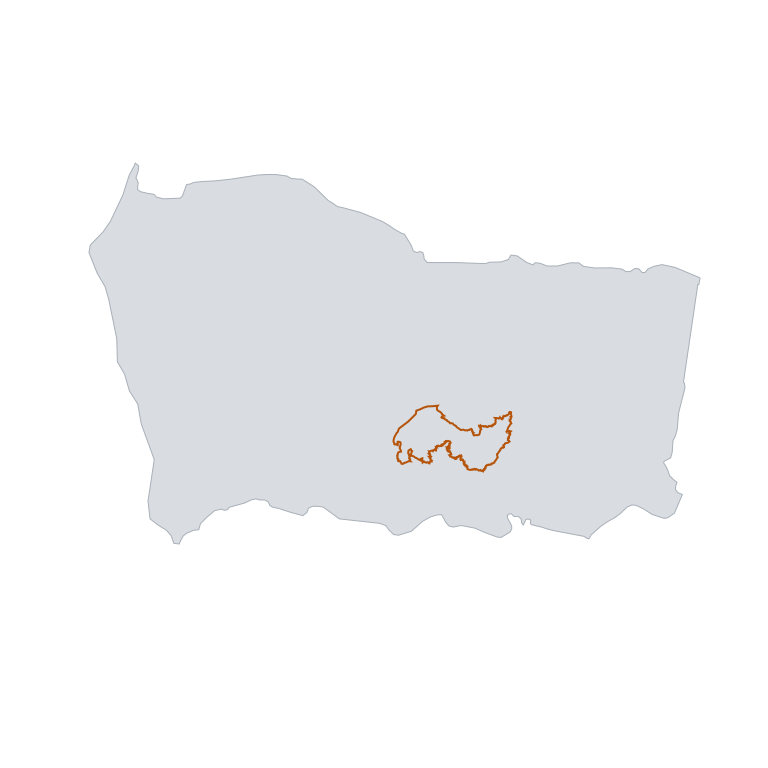 North East Gonja, Northern, Ghana shown in context, rotated 99°
{"feature_id": "2480657B30922977157044", "entity_name": "North East Gonja", "entity_type": "district", "adm_level": 2, "iso_a3": "GHA", "parent_name": "Ghana", "parent_adm1": "Northern", "projection": "robinson", "projection_center": [-0.531, 8.741], "detail": "fine", "context": "in_parent", "style": "outline", "palette": "amber", "viewbox_px": 768, "rotation_deg": 99, "n_neighbors": 0, "source": "geoboundaries", "source_scale": "gbopen_adm2", "svg_char_len": 8739}
<svg xmlns="http://www.w3.org/2000/svg" viewBox="0 0 768 768"><g transform="rotate(99 384 384)"><path d="M466.2,77.0L471.7,82.8L472.9,86.2L470.9,98.8L466.9,107.7L464.4,116.0L464.7,120.1L467.2,124.3L475.5,130.8L479.8,135.0L484.8,141.4L490.6,147.6L500.6,155.8L504.8,157.3L504.6,159.5L503.2,162.7L502.3,193.0L501.6,200.8L500.8,204.8L499.9,216.1L498.9,217.7L497.0,217.6L495.3,218.0L494.8,220.3L495.5,222.6L501.5,224.3L500.2,226.0L495.8,227.5L493.7,230.9L494.6,234.8L492.2,238.0L492.9,240.1L494.5,241.6L497.0,241.1L504.0,235.8L506.9,235.2L510.5,236.3L517.2,244.3L517.5,248.2L514.8,261.6L512.1,271.9L511.7,285.6L514.5,293.4L514.1,297.6L511.0,301.3L504.1,306.6L504.7,310.2L507.8,317.0L513.7,324.5L525.1,333.8L531.1,346.0L531.2,350.9L527.7,355.9L523.6,360.1L522.3,366.4L524.2,407.0L515.1,424.7L515.1,429.7L516.0,435.6L518.4,439.1L523.0,440.1L526.7,443.5L525.4,455.9L523.4,468.6L523.1,474.7L522.0,477.6L518.4,480.0L517.2,483.9L518.0,488.9L517.4,492.5L519.3,497.2L523.4,503.1L530.0,517.7L532.6,518.8L533.7,521.9L533.0,524.9L535.5,531.3L542.9,537.8L550.6,543.4L556.9,544.2L558.3,549.3L562.4,555.7L565.4,558.5L570.2,560.3L574.1,561.3L574.2,566.7L567.2,570.4L562.5,576.0L558.9,584.5L553.9,593.9L536.6,598.8L530.0,598.8L494.6,599.1L461.4,617.5L442.3,624.1L430.6,634.4L414.8,641.8L403.8,650.8L380.8,655.1L343.3,669.2L331.5,674.7L319.6,684.5L300.2,696.0L292.7,695.8L277.5,685.1L266.1,679.7L238.3,671.5L217.5,668.3L207.4,664.8L204.7,664.2L207.0,660.4L212.8,660.1L218.9,661.3L223.5,658.3L230.3,657.9L232.1,654.9L232.7,647.1L232.6,640.9L235.0,638.1L235.6,630.7L232.3,614.4L229.9,612.5L217.8,610.2L216.9,607.0L214.7,603.5L212.4,595.1L209.8,582.6L205.6,567.1L197.4,541.5L195.4,532.4L194.0,523.2L193.8,512.2L195.5,508.1L195.2,502.4L194.5,496.8L200.2,483.7L211.5,467.8L213.9,462.0L216.0,458.0L216.3,452.3L218.3,433.7L223.7,411.2L227.1,402.8L229.4,398.2L232.2,390.7L232.9,387.2L243.3,378.4L248.0,376.0L249.1,372.5L247.5,368.8L248.2,366.2L250.7,364.9L254.5,363.8L257.3,360.2L252.9,332.5L249.5,304.9L249.2,302.6L247.2,298.8L245.1,287.4L241.6,280.7L236.7,278.7L236.7,272.4L241.7,261.8L243.0,255.6L240.6,253.7L240.3,248.9L242.0,241.1L241.1,236.2L240.3,231.1L235.2,219.0L233.9,210.5L236.6,205.5L236.5,194.5L233.7,177.6L233.3,166.9L235.2,162.5L234.3,158.3L230.6,154.2L230.4,150.3L233.5,146.5L233.1,143.6L229.2,141.4L225.7,136.2L222.6,128.0L223.3,114.8L229.2,90.5L229.9,88.4L236.6,88.6L236.6,89.6L257.4,89.4L281.1,89.1L309.5,88.8L335.2,88.5L336.3,87.4L340.6,86.1L366.6,88.5L382.9,87.3L389.8,88.1L394.8,89.7L406.1,88.7L412.1,89.3L416.6,95.4L418.4,95.3L421.0,92.8L425.5,89.8L430.0,87.5L433.3,82.8L435.3,79.2L438.3,79.9L442.5,79.7L445.4,76.7L446.5,72.0L466.2,77.0Z" fill="#d9dde1" stroke="#a8b0b8" stroke-width="1"/><path d="M454.8,272.5L454.2,272.3L453.5,272.6L453.1,272.1L453.0,271.3L452.4,271.1L451.9,271.6L451.5,271.2L451.0,271.1L450.8,270.5L450.0,270.8L449.8,270.5L449.0,270.5L448.9,270.2L448.0,269.7L448.0,269.0L447.6,268.7L447.8,268.5L447.6,268.0L447.3,268.0L447.0,265.9L445.8,265.5L445.7,264.3L445.0,263.9L444.4,262.7L443.0,262.5L441.4,261.4L439.8,260.9L438.7,260.2L436.2,261.4L435.6,261.4L434.8,260.6L433.4,260.2L432.5,259.5L432.0,259.5L430.8,258.7L430.2,258.8L428.5,257.7L428.3,257.3L428.4,256.4L427.7,255.6L427.1,255.7L426.3,256.4L425.8,256.1L425.6,256.3L424.8,255.4L423.6,255.0L422.5,252.3L421.2,251.1L420.9,251.6L420.4,251.7L420.2,252.2L419.9,252.4L419.9,252.8L419.3,252.7L418.4,253.2L417.6,252.9L418.0,252.4L417.8,252.1L416.1,252.4L415.8,252.1L415.1,252.1L415.0,251.8L413.6,251.4L413.3,251.6L413.1,252.9L410.9,251.3L410.7,252.6L411.2,253.3L411.0,254.3L411.3,254.9L412.4,255.4L412.3,255.6L412.7,256.0L411.5,255.2L406.7,254.3L405.8,253.6L404.0,253.0L403.1,252.1L402.4,252.6L401.7,252.8L400.8,254.2L400.0,253.9L399.5,254.2L399.4,253.5L398.5,253.3L397.6,253.3L396.8,253.9L396.3,252.9L392.8,254.3L392.4,254.0L391.9,254.3L392.0,255.6L392.8,256.0L393.8,255.8L394.8,256.4L395.2,257.4L395.6,257.4L395.6,257.9L396.5,258.7L396.5,259.4L396.9,259.7L396.8,260.3L397.0,260.3L397.2,261.0L397.6,260.9L397.7,261.3L398.0,261.4L398.7,261.3L398.6,261.6L399.0,261.8L399.6,261.8L399.7,261.5L400.4,261.8L400.2,262.4L399.7,262.9L399.5,263.9L398.9,264.3L399.9,264.7L400.2,265.2L399.9,266.0L400.2,269.0L400.6,268.5L401.5,268.0L402.4,268.3L403.6,267.8L405.4,267.8L405.8,267.9L405.8,268.3L406.1,268.2L406.3,268.4L406.2,268.6L407.0,269.2L407.1,270.1L407.7,270.2L407.8,270.7L408.1,270.8L408.3,270.3L409.0,270.9L408.8,271.2L409.0,271.9L408.7,272.7L409.1,273.2L409.0,273.7L409.3,274.0L409.5,273.9L410.3,274.9L410.1,275.3L410.3,275.7L409.8,276.3L409.7,277.0L409.7,277.4L410.3,277.6L410.2,278.8L410.3,278.9L410.0,279.3L410.3,280.5L410.9,281.0L410.4,281.8L409.8,282.2L410.1,282.4L410.3,283.6L410.8,283.4L410.5,283.0L411.7,282.2L412.4,282.1L412.5,281.8L413.6,280.9L414.2,281.5L415.5,281.8L416.1,281.6L419.1,282.0L420.0,283.8L420.1,285.4L420.7,287.1L420.6,287.4L418.9,288.3L418.8,288.1L418.1,288.4L418.0,288.2L417.5,289.1L417.1,289.1L417.1,289.5L415.8,289.8L415.7,290.1L415.3,290.0L414.7,290.7L415.2,291.4L415.5,292.2L416.0,292.5L416.0,293.2L416.9,294.3L416.7,295.2L417.2,296.5L416.7,298.3L417.4,300.9L415.1,305.6L414.0,306.6L413.5,308.6L412.3,309.9L412.1,310.9L412.5,312.6L411.4,313.7L410.6,315.8L409.9,316.2L409.4,318.2L408.3,319.1L408.2,319.5L408.7,320.2L408.4,321.4L408.1,322.0L407.3,321.8L406.2,320.7L405.9,319.8L404.8,321.9L403.7,322.7L402.8,324.1L402.0,326.3L401.1,327.6L398.6,328.2L397.0,327.5L398.4,332.7L399.3,337.5L401.4,341.6L403.0,343.7L405.3,347.9L408.7,347.9L417.4,354.3L425.7,362.3L429.1,362.9L430.4,363.8L434.1,365.2L436.3,365.7L439.2,365.7L440.9,364.6L441.8,364.4L442.1,363.7L441.5,362.5L442.0,361.8L442.3,360.9L440.6,361.0L439.2,361.6L438.8,361.2L438.7,360.0L439.0,358.7L440.5,358.1L444.8,358.5L447.2,356.9L448.1,356.6L448.7,358.2L449.1,358.9L450.0,359.5L451.8,359.3L452.3,359.8L453.0,359.8L453.4,359.3L455.2,359.2L455.3,358.7L456.0,358.0L456.6,357.9L457.0,358.4L457.8,358.0L458.0,357.3L457.7,355.9L458.2,355.7L459.3,354.7L459.7,354.0L460.0,354.0L460.0,353.1L459.6,352.3L458.6,351.6L458.2,350.1L456.4,347.6L456.2,345.7L455.4,346.7L454.2,346.4L453.5,347.6L452.3,347.5L451.8,347.1L450.9,348.0L449.6,347.8L449.3,348.8L448.3,349.4L447.7,349.2L446.4,349.5L445.8,349.3L444.2,347.5L444.3,347.2L444.9,347.0L445.9,345.7L446.6,346.2L448.6,346.1L450.0,346.5L450.5,346.3L450.8,343.5L451.8,341.7L452.1,340.2L453.3,337.7L453.4,336.2L452.6,335.9L452.2,336.0L451.4,334.5L453.4,334.3L453.6,334.8L454.0,335.0L454.2,333.1L455.0,333.6L455.5,333.5L454.4,332.4L454.7,332.1L455.1,329.7L454.5,329.2L454.5,328.1L455.3,327.3L455.3,326.7L453.8,326.7L453.2,325.9L453.1,325.0L452.6,325.3L452.1,324.8L451.8,325.2L451.7,326.1L450.1,326.5L449.9,327.3L449.4,327.3L449.1,327.7L449.1,326.9L448.4,326.2L447.4,327.6L446.7,327.8L446.6,327.6L447.0,327.2L446.6,327.3L446.1,328.4L446.0,328.1L445.6,328.0L445.4,329.2L445.3,328.6L444.9,328.4L444.6,328.8L443.7,328.6L443.4,328.9L443.3,328.1L442.5,326.9L442.2,326.0L442.7,325.2L441.7,324.9L441.0,323.9L441.5,323.1L441.5,322.2L441.1,322.2L440.4,323.4L440.2,323.3L440.2,322.3L439.8,322.3L439.7,322.8L439.4,322.9L438.7,322.6L438.2,322.8L438.2,322.3L438.0,322.5L437.9,321.8L437.7,321.7L437.3,322.3L437.0,322.2L437.1,321.4L436.8,321.1L436.6,321.3L436.4,320.8L436.7,320.5L436.6,320.2L436.8,319.6L436.3,318.3L436.4,317.6L435.9,317.2L435.3,317.9L434.9,317.8L434.8,317.2L435.1,316.4L434.5,316.3L434.4,315.9L433.9,316.0L433.3,314.7L432.8,314.4L432.8,314.8L431.9,315.1L431.4,314.0L430.7,314.1L430.5,313.6L430.6,312.2L430.2,311.9L430.5,309.8L431.6,309.0L433.0,310.3L433.8,309.5L435.3,310.8L435.2,309.6L437.0,309.1L437.2,309.5L436.7,310.5L436.8,311.6L437.3,310.8L437.4,311.7L438.2,311.1L439.0,311.2L439.0,311.5L439.5,311.2L439.3,310.0L440.6,310.2L440.8,309.0L440.2,308.4L440.2,308.1L441.5,307.7L441.9,307.1L442.6,306.7L442.7,307.0L443.1,306.9L444.0,308.3L444.3,307.8L445.2,307.4L445.2,306.0L445.8,305.5L445.7,304.0L446.0,304.2L446.1,303.9L445.9,303.0L446.2,303.1L446.2,302.7L446.4,302.7L446.4,302.2L446.7,302.0L446.5,301.7L446.9,301.6L446.5,300.7L445.8,300.6L445.1,301.0L444.7,300.7L444.5,299.3L444.2,299.0L443.5,299.0L443.2,298.2L442.8,298.1L442.7,297.2L443.0,297.2L443.1,296.7L442.7,296.5L443.2,296.1L443.6,296.1L443.9,296.9L444.2,296.5L445.6,296.9L446.5,296.7L446.5,296.3L446.9,296.2L446.2,294.9L446.3,294.3L446.9,294.0L447.2,294.3L447.5,293.6L448.2,293.3L448.1,292.7L448.7,292.9L448.8,292.5L449.2,292.8L449.5,292.6L449.7,292.9L450.3,292.8L451.3,292.0L450.9,291.2L451.8,290.9L451.6,290.7L451.4,289.9L451.9,289.0L452.1,288.9L452.2,289.3L452.7,289.2L453.2,289.4L453.9,288.4L455.0,288.2L455.4,285.5L454.8,283.3L454.5,283.3L454.7,282.7L454.0,282.0L454.2,281.9L454.1,281.5L454.3,280.5L453.6,280.3L453.5,279.9L454.0,278.7L453.9,278.1L454.7,277.0L453.9,275.4L454.4,275.1L454.2,274.7L454.2,274.0L454.5,273.8L454.4,273.1L454.8,272.5Z" fill="none" stroke="#b45309" stroke-width="2"/></g></svg>